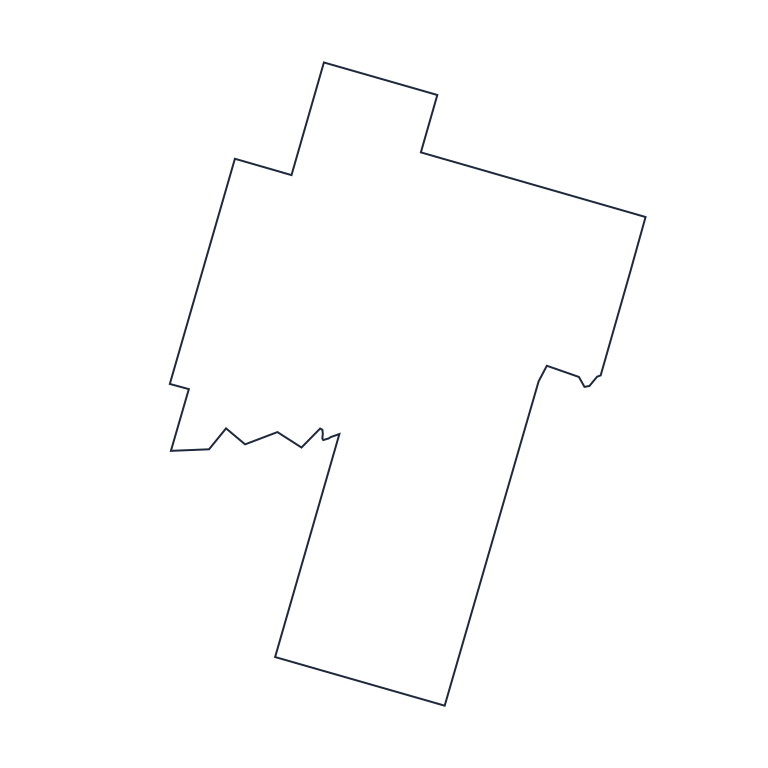 outline of Murray, Oklahoma, United States of America, rotated 286°
{"feature_id": "52423323B72511953258749", "entity_name": "Murray", "entity_type": "district", "adm_level": 2, "iso_a3": "USA", "parent_name": "United States of America", "parent_adm1": "Oklahoma", "projection": "mercator", "projection_center": [-97.077, 34.485], "detail": "fine", "context": "isolated", "style": "outline", "palette": "slate", "viewbox_px": 768, "rotation_deg": 286, "n_neighbors": 0, "source": "geoboundaries", "source_scale": "gbopen_adm2", "svg_char_len": 560}
<svg xmlns="http://www.w3.org/2000/svg" viewBox="0 0 768 768"><g transform="rotate(286 384 384)"><path d="M676.5,355.6L676.5,237.6L559.3,237.5L559.4,178.6L325.0,178.1L325.3,197.8L261.0,197.6L273.0,233.8L297.8,244.4L287.7,267.1L308.4,294.8L300.2,322.2L323.6,334.9L323.0,337.4L319.0,339.0L314.7,339.7L313.4,341.0L316.4,345.8L318.2,347.3L323.6,354.9L91.5,354.6L91.5,531.0L429.2,531.9L446.4,535.5L444.5,569.4L436.5,577.5L438.7,582.0L449.7,586.8L452.0,589.9L558.2,589.8L616.6,589.4L616.8,355.6L676.5,355.6Z" fill="none" stroke="#1e293b" stroke-width="2"/></g></svg>